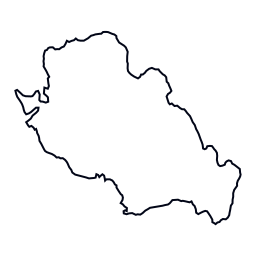 the district of Carambeí, Paraná, Brazil
{"feature_id": "56859067B81266662145879", "entity_name": "Carambeí", "entity_type": "district", "adm_level": 2, "iso_a3": "BRA", "parent_name": "Brazil", "parent_adm1": "Paraná", "projection": "equal_earth", "projection_center": [-50.155, -24.89], "detail": "fine", "context": "isolated", "style": "outline", "palette": "ink", "viewbox_px": 256, "rotation_deg": 0, "n_neighbors": 0, "source": "geoboundaries", "source_scale": "gbopen_adm2", "svg_char_len": 3404}
<svg xmlns="http://www.w3.org/2000/svg" viewBox="0 0 256 256"><path d="M219.5,222.0L220.9,220.2L222.9,219.0L225.8,219.3L227.8,217.6L229.2,215.2L229.6,212.6L230.1,210.3L230.9,205.6L232.5,203.3L232.6,199.7L233.2,196.8L233.2,193.2L234.2,189.9L235.7,187.8L237.1,185.8L237.0,183.3L237.8,180.7L239.0,178.8L240.1,176.6L240.6,174.6L240.1,172.5L239.8,169.0L234.4,164.8L232.2,163.6L231.0,161.1L228.6,160.4L226.6,161.4L225.4,162.7L224.8,164.7L222.3,165.7L220.1,166.1L218.5,165.0L217.5,162.7L216.9,160.0L217.2,155.8L216.9,152.8L215.5,150.5L214.2,149.2L213.2,147.7L212.0,146.1L209.9,145.9L207.3,146.2L206.3,148.5L204.7,149.2L203.1,148.5L202.6,144.6L201.7,142.0L200.7,139.6L198.7,134.0L197.3,131.1L196.2,129.2L194.8,125.1L192.7,122.1L191.2,118.6L190.0,116.1L187.0,112.8L185.9,111.2L184.3,109.3L182.0,109.2L180.1,108.1L177.3,105.7L174.5,106.0L171.8,103.5L169.8,104.3L168.6,102.8L167.5,99.3L166.6,96.5L168.0,94.0L170.0,92.7L171.4,90.9L170.5,88.6L169.1,85.5L168.3,83.2L166.7,81.7L166.2,77.2L164.7,75.4L162.8,74.3L159.7,71.2L158.5,69.4L155.3,69.4L151.9,67.9L149.1,68.8L146.3,70.9L144.8,72.9L142.8,74.5L141.1,74.5L140.1,76.8L138.0,78.4L134.2,76.6L131.2,74.6L129.3,72.8L128.0,71.0L127.6,68.3L127.8,63.5L127.1,61.6L127.2,56.2L127.7,51.8L125.8,47.4L124.1,45.7L119.1,42.5L116.5,38.1L116.3,36.0L114.4,34.5L112.3,33.9L108.1,32.1L106.0,31.9L103.1,32.0L101.3,33.7L99.7,33.8L95.4,34.4L93.1,35.2L91.1,35.7L88.0,38.3L83.8,40.7L80.7,40.7L77.9,40.2L75.8,38.5L74.0,40.2L71.5,40.9L69.1,42.0L66.9,40.8L65.4,44.1L63.9,46.5L61.6,47.4L59.2,49.2L57.2,49.1L55.2,49.4L52.8,47.3L49.8,47.4L48.2,48.1L47.0,49.9L45.1,50.6L44.2,53.3L43.6,56.2L43.9,58.8L43.5,61.2L43.9,64.1L43.6,66.4L45.5,69.6L46.8,72.0L47.7,74.0L49.2,76.8L47.8,78.5L48.4,83.5L48.9,86.0L47.8,88.7L44.4,87.6L43.9,93.6L46.5,95.8L47.9,97.3L48.2,101.7L45.8,102.6L42.7,101.6L40.6,101.5L39.3,100.0L39.7,94.5L38.1,90.9L35.9,91.5L34.3,94.0L32.5,96.1L30.9,96.4L25.5,96.2L22.9,95.3L20.1,92.6L17.1,89.9L15.4,90.7L16.3,94.3L17.3,96.9L19.4,99.9L21.1,102.5L22.1,104.3L23.2,107.2L23.8,109.9L24.5,112.0L26.2,114.3L28.9,113.4L31.2,111.9L34.0,109.4L36.0,107.7L38.5,107.7L38.1,110.6L36.2,112.7L32.6,115.6L30.8,118.6L28.4,120.6L26.2,122.2L28.1,125.4L29.3,126.8L31.4,125.9L33.6,127.7L34.7,129.7L36.1,129.0L36.8,131.1L37.2,133.1L38.6,135.8L39.1,137.8L39.5,140.9L41.2,143.7L43.9,149.0L45.0,150.9L46.7,152.1L49.0,153.0L51.9,154.0L54.6,155.6L56.6,157.5L58.8,157.3L60.4,158.3L62.8,158.2L65.1,159.9L66.6,161.7L67.6,163.4L68.5,165.5L69.3,167.3L71.3,169.9L72.3,172.5L75.2,174.6L85.9,177.4L89.0,178.4L92.4,178.1L93.9,178.0L95.6,177.6L96.4,174.2L98.2,175.0L99.3,177.1L100.6,175.8L102.4,174.3L104.1,175.6L104.7,178.2L105.1,180.6L106.4,179.3L108.2,179.3L109.8,179.3L112.3,180.5L113.8,182.3L114.9,184.4L116.5,185.4L116.5,187.5L118.6,190.9L120.8,194.2L122.2,195.2L122.9,197.6L122.5,200.0L120.7,203.1L122.8,204.3L124.5,206.4L126.9,208.0L126.7,211.0L125.2,210.3L123.6,211.2L123.8,213.4L126.6,214.2L129.1,213.4L132.2,213.1L135.8,214.8L137.6,214.3L140.3,214.6L142.6,213.1L145.3,210.6L147.8,209.2L150.0,207.8L162.6,205.7L164.9,205.1L168.0,204.5L169.7,203.3L171.0,201.8L172.4,200.1L178.0,199.7L181.2,201.1L182.8,200.8L185.3,201.3L187.8,201.9L189.6,202.3L191.5,201.4L192.9,204.4L194.6,206.0L195.8,209.2L196.2,212.7L198.3,214.1L200.9,212.7L203.2,211.6L205.2,210.9L207.1,211.3L208.3,213.0L210.3,216.0L212.3,219.6L212.4,222.2L214.0,223.0L215.6,224.1L217.4,222.5L219.5,222.0Z" fill="none" stroke="#020617" stroke-width="2"/></svg>